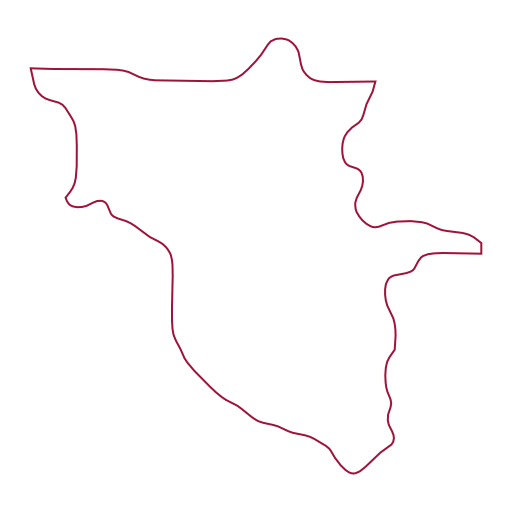 Hostos, Duarte, Dominican Republic (Albers equal-area conic projection)
{"feature_id": "3306468B93342772649109", "entity_name": "Hostos", "entity_type": "district", "adm_level": 2, "iso_a3": "DOM", "parent_name": "Dominican Republic", "parent_adm1": "Duarte", "projection": "albers", "projection_center": [-70.015, 19.128], "detail": "fine", "context": "isolated", "style": "outline", "palette": "rose", "viewbox_px": 512, "rotation_deg": 0, "n_neighbors": 0, "source": "geoboundaries", "source_scale": "gbopen_adm2", "svg_char_len": 2772}
<svg xmlns="http://www.w3.org/2000/svg" viewBox="0 0 512 512"><path d="M30.7,68.3L34.2,84.3L36.0,89.0L38.6,92.9L41.9,96.2L45.7,98.6L50.1,100.2L58.6,102.6L62.4,104.7L65.3,107.8L71.2,117.1L73.5,121.2L75.2,126.1L76.4,134.5L76.8,146.0L76.7,166.4L75.8,177.8L74.6,183.3L72.6,188.0L70.0,192.0L65.6,197.6L66.9,201.1L69.1,204.3L70.8,205.5L72.8,206.4L77.1,207.2L81.7,207.0L86.2,206.0L93.6,202.4L97.2,201.0L101.3,200.8L103.2,201.3L105.0,202.3L106.3,203.6L107.3,205.2L110.9,213.7L112.1,215.2L113.6,216.5L117.4,218.3L126.1,221.1L130.6,223.2L135.0,226.0L149.8,237.0L158.4,241.4L162.5,243.9L165.9,247.1L167.4,248.9L169.9,252.9L170.9,255.3L172.0,260.3L172.5,265.4L172.7,275.7L172.0,306.6L172.0,320.6L172.5,328.8L173.4,334.1L174.2,336.6L176.1,341.0L180.5,349.2L184.5,358.2L187.4,362.6L194.3,370.8L209.8,386.5L215.7,392.1L221.9,397.2L226.3,400.1L237.3,405.7L241.5,408.8L251.8,417.1L256.2,420.0L258.4,421.2L263.2,422.8L273.0,424.9L277.8,426.3L288.3,431.2L292.8,432.8L305.1,435.3L309.9,436.8L314.1,438.8L325.8,445.8L329.2,448.6L330.5,450.3L335.0,457.9L340.6,465.2L345.5,470.0L349.1,472.4L351.2,473.2L353.4,473.5L355.7,473.2L359.9,471.3L365.5,466.8L380.4,452.6L391.4,444.6L393.2,441.8L393.9,438.4L393.5,435.0L392.0,431.2L389.2,425.7L388.5,423.7L387.8,420.1L388.1,414.6L390.6,407.0L391.2,403.2L390.5,399.3L387.3,391.4L386.2,387.0L385.6,382.4L385.3,375.2L385.8,368.0L386.8,363.3L387.5,361.0L389.6,357.0L394.7,349.7L395.6,335.6L395.4,329.7L394.7,323.9L393.3,318.3L387.3,305.7L385.8,300.3L385.1,294.8L385.1,289.3L385.9,284.1L387.9,279.8L389.3,278.0L391.5,276.5L393.8,275.5L406.4,273.1L410.9,271.5L412.9,270.2L414.3,268.6L418.3,261.1L421.0,257.5L423.0,256.0L428.0,254.2L433.7,253.4L442.8,253.0L481.3,253.7L481.3,243.0L473.7,237.2L469.5,235.0L467.1,234.1L462.2,232.9L447.0,231.0L442.1,230.1L437.6,228.5L427.1,223.5L421.8,222.2L410.7,221.1L396.8,221.6L389.0,222.9L378.9,226.7L374.8,227.3L372.5,226.9L370.3,226.1L366.1,223.6L362.4,220.3L359.2,216.4L356.6,212.0L355.7,209.5L355.2,204.6L355.4,202.2L356.8,197.7L360.8,190.0L362.3,185.7L363.0,181.1L362.7,176.6L361.4,172.5L360.1,170.8L358.6,169.5L356.9,168.5L349.7,166.1L348.0,165.2L346.3,163.9L345.0,162.2L343.2,158.1L342.4,153.4L342.2,148.5L342.6,143.5L343.8,138.6L344.8,136.2L347.3,132.3L352.0,127.5L358.8,122.7L361.5,119.5L363.2,115.5L366.5,104.2L372.6,91.6L375.4,81.5L328.6,82.1L320.0,81.5L314.5,80.2L311.9,79.1L309.8,77.9L306.3,74.8L303.5,71.1L302.4,69.0L301.0,64.4L298.7,52.7L297.9,50.5L295.6,46.4L292.5,43.0L288.7,40.3L286.4,39.4L281.6,38.5L276.9,38.8L274.7,39.4L270.6,41.4L267.8,44.7L261.2,54.6L256.1,60.8L248.4,68.9L242.3,74.4L237.7,77.4L235.2,78.6L232.5,79.6L226.8,80.6L212.2,81.2L155.3,80.3L149.5,79.7L143.9,78.6L139.0,76.9L128.6,72.0L123.2,70.6L117.6,69.8L103.2,69.2L53.4,69.0L30.7,68.3Z" fill="none" stroke="#9f1239" stroke-width="2"/></svg>